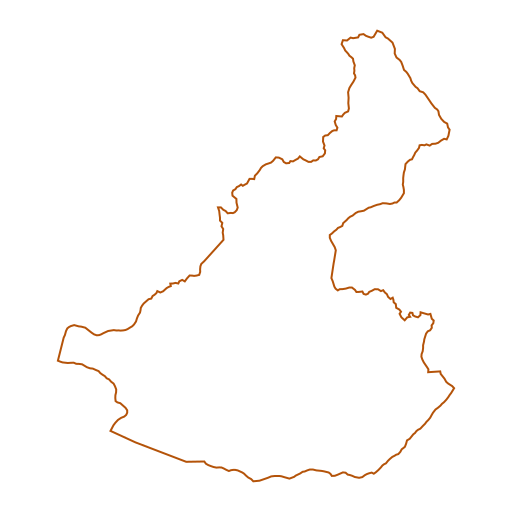 Montividiu, Goiás, Brazil
{"feature_id": "56859067B59325269621786", "entity_name": "Montividiu", "entity_type": "district", "adm_level": 2, "iso_a3": "BRA", "parent_name": "Brazil", "parent_adm1": "Goiás", "projection": "natural_earth1", "projection_center": [-51.165, -17.245], "detail": "fine", "context": "isolated", "style": "outline", "palette": "amber", "viewbox_px": 512, "rotation_deg": 0, "n_neighbors": 0, "source": "geoboundaries", "source_scale": "gbopen_adm2", "svg_char_len": 6045}
<svg xmlns="http://www.w3.org/2000/svg" viewBox="0 0 512 512"><path d="M63.7,337.6L57.9,360.7L60.4,361.7L62.5,362.4L67.8,363.0L70.7,362.8L73.7,362.7L76.2,363.8L79.0,363.9L82.1,364.3L86.9,367.2L90.0,368.3L92.8,368.6L96.1,370.1L98.6,371.1L100.3,373.1L102.5,374.7L104.8,376.1L106.7,378.3L109.1,379.4L111.1,381.7L113.6,383.6L115.0,386.3L116.2,389.4L116.1,392.3L115.4,395.2L115.3,398.0L115.6,401.1L117.4,402.4L120.3,403.2L125.5,407.8L127.2,410.3L127.2,412.7L126.2,414.9L124.2,416.6L121.2,417.8L118.0,419.9L115.4,422.7L113.5,425.2L110.5,430.9L135.5,442.4L186.2,461.8L204.3,461.5L205.9,463.7L208.1,465.0L210.6,466.0L213.5,467.0L216.4,467.6L219.3,467.4L221.5,467.5L223.6,468.4L226.4,469.9L228.9,471.0L231.0,470.2L233.0,469.9L235.3,469.9L237.7,470.4L242.3,472.5L244.0,473.6L245.9,475.5L248.2,477.5L251.2,479.1L253.3,481.3L259.5,480.7L267.9,477.8L271.2,476.4L274.7,476.0L279.5,476.0L281.5,476.3L284.1,477.1L289.4,478.6L291.6,477.8L294.2,476.8L295.7,475.6L300.1,473.5L302.6,471.8L304.7,471.5L307.2,470.4L309.9,469.5L312.8,469.5L316.4,470.4L319.6,470.7L321.5,470.9L323.8,471.3L328.7,472.5L330.5,473.9L331.8,475.9L334.8,475.8L337.7,474.7L342.9,472.4L345.6,472.7L347.7,474.6L349.8,475.0L352.2,475.8L354.8,477.0L359.1,477.8L362.3,477.1L364.8,475.2L366.8,474.1L369.0,473.3L371.7,472.6L373.8,473.7L375.8,472.3L378.4,470.0L380.9,467.4L382.4,465.5L384.1,464.2L385.9,463.4L387.9,460.9L389.7,459.1L392.3,456.9L394.5,455.8L396.2,454.7L398.3,454.1L400.3,451.9L401.7,449.3L403.3,448.1L404.9,446.8L406.1,443.7L407.0,440.4L409.7,438.8L413.3,434.3L415.0,433.0L416.3,431.2L418.0,429.8L420.3,428.7L422.8,426.0L425.1,423.7L426.4,421.9L428.3,420.0L430.2,417.7L431.6,415.1L433.0,412.7L435.5,409.5L437.9,407.8L440.5,405.6L441.9,403.9L444.0,402.2L446.4,399.6L448.3,397.1L449.7,394.9L451.1,393.1L454.1,388.2L452.2,386.1L448.1,383.5L446.2,381.8L444.5,378.7L440.7,373.9L440.2,371.4L428.2,372.2L428.4,369.3L427.2,367.4L423.8,362.4L422.3,359.4L421.4,356.7L421.6,354.1L422.7,351.2L423.1,348.0L423.1,345.2L424.0,341.6L424.3,339.3L426.1,333.6L427.8,331.3L430.1,330.3L431.8,327.8L431.6,325.4L433.3,323.2L433.7,320.5L431.8,318.8L430.4,313.9L428.1,314.5L422.9,313.0L420.6,312.3L420.4,315.1L418.0,317.3L415.2,316.5L413.0,315.3L412.4,312.9L410.2,312.6L408.8,314.9L410.1,316.8L407.3,317.3L404.7,320.3L401.4,317.3L399.6,313.8L401.0,311.7L399.3,309.5L396.2,307.8L395.8,304.1L393.7,302.3L393.4,299.8L392.7,297.7L390.5,299.0L388.1,296.9L386.9,294.2L384.8,292.4L383.2,290.2L380.9,291.1L378.1,289.3L374.7,289.2L371.8,290.8L369.2,291.9L368.0,293.7L365.9,294.6L363.6,293.9L362.4,291.5L359.1,291.9L356.4,292.0L355.0,289.9L351.9,287.5L349.4,287.5L345.8,288.6L342.6,289.1L339.7,289.2L337.8,290.4L335.6,288.7L334.4,286.7L332.7,281.2L331.4,278.1L333.6,263.5L334.1,260.8L335.8,250.3L334.7,247.1L331.1,240.9L329.8,237.8L329.8,235.0L331.9,233.5L334.2,231.3L336.4,229.7L338.0,227.9L339.8,227.2L342.3,225.9L343.2,223.1L346.8,219.9L348.2,218.3L350.2,216.7L352.6,215.6L355.7,213.0L358.3,211.7L360.8,211.3L363.9,210.7L368.7,207.7L370.7,207.3L373.7,206.0L377.1,204.8L380.0,204.2L382.7,203.2L386.4,203.4L389.9,204.0L392.5,203.5L394.5,202.5L396.7,202.5L399.2,200.2L401.2,197.7L402.5,195.5L403.9,193.2L403.9,190.0L403.4,187.0L402.8,184.6L403.2,181.9L403.2,178.0L403.5,175.2L403.9,172.4L404.9,169.4L405.5,164.1L407.9,161.5L410.0,159.8L412.0,159.3L413.0,157.2L414.2,155.1L415.3,152.6L417.2,150.4L419.0,147.9L419.6,145.3L421.8,144.9L424.5,145.3L426.4,144.4L429.7,145.6L432.1,143.9L435.5,143.7L438.2,142.8L441.0,140.6L444.1,138.8L446.7,139.4L448.4,135.8L449.6,129.7L448.0,127.4L447.2,123.6L444.1,121.9L441.3,118.9L439.0,114.9L438.4,111.2L437.2,109.5L434.8,107.8L431.3,103.3L429.3,100.3L425.4,94.6L423.2,92.3L419.7,91.2L417.5,88.2L415.6,86.9L412.3,83.0L411.1,80.6L410.4,78.2L407.7,73.7L406.3,71.9L404.0,69.9L402.7,65.8L401.2,61.9L399.6,59.9L396.5,57.5L394.7,53.5L394.9,48.9L392.5,42.6L387.9,38.5L385.6,37.3L382.3,32.7L377.2,30.7L373.6,36.8L371.2,37.7L368.2,36.7L365.9,35.8L363.5,34.1L359.4,34.8L358.1,37.4L353.1,38.2L350.6,37.6L347.0,40.5L342.9,40.2L341.6,44.2L344.1,48.1L345.2,50.5L346.9,52.3L348.3,53.9L349.4,55.7L351.4,57.2L353.0,58.7L353.4,61.5L354.8,65.3L354.2,68.2L354.4,70.8L354.0,73.4L355.1,75.3L355.5,77.6L353.4,81.7L351.2,85.0L349.4,88.0L348.1,92.2L348.6,97.9L348.3,103.2L348.9,108.5L348.1,111.4L344.9,112.8L343.2,114.6L341.9,116.5L336.3,116.0L336.1,119.0L334.7,121.4L335.7,124.9L337.4,127.7L336.6,130.3L334.2,130.3L332.3,131.0L329.9,133.0L327.8,135.2L325.2,135.5L323.2,137.0L323.0,141.6L324.5,145.5L323.7,148.3L325.2,150.3L324.9,153.4L322.7,156.3L319.4,157.0L318.0,159.3L315.8,160.5L313.2,160.4L311.1,161.9L308.5,161.9L305.5,160.3L303.3,159.3L299.8,156.4L298.0,158.6L295.7,159.8L293.0,161.4L290.4,161.1L289.2,163.0L286.1,163.3L283.8,162.0L282.3,159.3L278.8,157.6L275.8,157.4L273.1,160.8L271.0,162.6L268.1,163.6L265.9,164.3L262.7,166.2L261.0,167.9L259.8,170.0L257.3,173.3L254.9,175.7L254.2,179.1L252.3,178.9L249.5,178.9L247.0,183.5L244.7,184.7L242.8,185.8L241.1,184.5L239.0,186.1L236.8,187.1L235.4,189.2L233.1,190.5L232.2,192.7L232.5,195.7L236.4,198.9L236.5,202.7L237.7,207.6L236.7,210.2L234.7,212.3L232.9,213.1L230.8,212.9L227.7,213.3L225.6,211.0L223.3,209.8L220.9,207.4L218.0,207.4L219.2,211.0L219.6,214.7L220.0,217.7L220.0,220.6L222.3,222.9L221.5,226.3L223.2,229.0L222.7,232.7L223.2,235.3L223.5,239.8L204.2,261.2L201.3,263.9L200.4,266.3L200.1,269.4L200.2,271.9L199.2,274.9L196.4,275.6L194.1,275.9L192.2,275.6L189.6,275.5L186.9,278.5L184.8,281.4L182.2,279.9L179.3,281.3L178.3,283.5L175.5,282.9L172.9,283.5L170.3,283.6L170.8,286.1L168.5,287.0L166.6,288.1L163.1,291.3L160.3,292.5L157.3,291.1L156.4,293.1L154.5,294.8L152.6,296.0L151.3,298.6L148.6,299.2L143.7,303.5L142.1,305.6L140.8,307.9L140.5,310.3L140.0,312.6L138.1,315.5L136.9,318.5L136.0,321.5L134.0,324.5L132.2,326.3L129.8,327.7L127.6,329.1L125.5,330.0L123.2,330.4L120.6,330.6L118.5,330.4L116.5,330.5L113.8,330.1L108.1,331.0L103.3,333.2L101.3,334.3L99.2,335.1L96.8,335.3L94.1,334.4L91.5,332.6L85.3,327.7L81.1,326.6L78.9,326.4L74.2,325.1L70.8,326.1L68.9,327.1L67.3,328.4L66.0,331.1L64.9,335.1L63.7,337.6Z" fill="none" stroke="#b45309" stroke-width="2"/></svg>